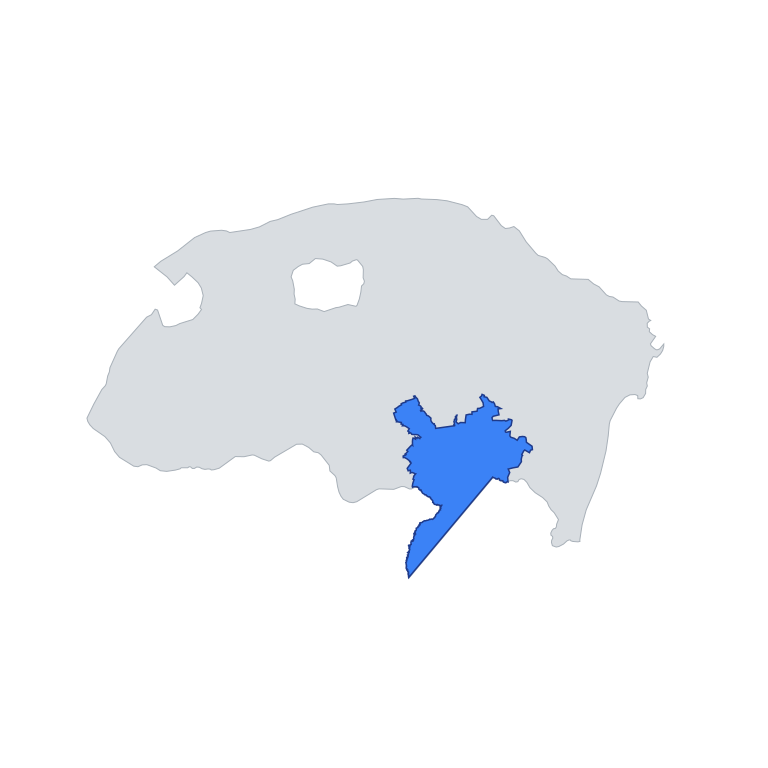 location of Z F Mgcawu, Northern Cape, South Africa, rotated 220°
{"feature_id": "47623444B49450251729649", "entity_name": "Z F Mgcawu", "entity_type": "district", "adm_level": 2, "iso_a3": "ZAF", "parent_name": "South Africa", "parent_adm1": "Northern Cape", "projection": "robinson", "projection_center": [20.762, -27.405], "detail": "fine", "context": "in_parent", "style": "filled", "palette": "blue", "viewbox_px": 768, "rotation_deg": 220, "n_neighbors": 0, "source": "geoboundaries", "source_scale": "gbopen_adm2", "svg_char_len": 9762}
<svg xmlns="http://www.w3.org/2000/svg" viewBox="0 0 768 768"><g transform="rotate(220 384 384)"><path d="M522.9,160.2L539.5,157.8L546.9,159.1L555.7,163.0L564.0,164.3L578.1,163.0L583.0,163.6L586.8,164.9L589.6,166.9L593.4,182.1L596.6,198.4L596.4,203.6L596.9,205.6L600.8,212.5L602.2,216.8L604.4,220.3L609.3,237.6L609.8,240.6L608.8,282.6L606.7,287.6L607.4,294.2L605.0,295.1L591.2,286.7L588.8,287.0L584.8,290.1L581.0,295.0L579.2,299.2L571.9,310.5L571.3,317.7L571.7,323.8L574.0,324.1L575.6,328.5L579.3,335.5L585.6,340.1L591.5,342.1L599.9,342.6L606.5,342.5L606.2,337.7L608.0,325.0L619.0,326.6L635.3,326.1L633.9,334.4L627.6,353.3L623.2,374.5L618.1,385.2L615.2,389.6L607.2,397.4L603.0,400.0L599.5,400.9L585.6,416.6L580.4,424.3L575.7,435.4L571.1,441.5L564.2,454.4L552.3,473.6L542.4,486.2L538.0,489.9L535.1,491.5L527.3,498.9L516.3,510.6L507.8,521.0L495.3,532.9L488.1,538.0L477.2,548.2L474.3,549.7L462.1,559.2L453.4,564.9L439.4,571.6L433.8,573.5L420.7,571.8L415.2,572.7L410.5,576.7L410.0,582.5L408.1,583.4L396.0,580.7L391.0,581.1L388.1,584.2L385.7,588.1L378.8,588.3L366.5,584.3L352.0,581.8L348.6,581.6L341.6,584.6L339.1,585.0L328.9,584.3L323.2,582.5L317.7,582.4L313.6,584.0L308.5,584.6L294.8,595.4L287.8,595.4L281.7,596.7L271.0,595.2L267.7,595.9L264.5,597.8L257.2,598.7L254.4,600.3L242.0,610.2L236.9,609.2L230.5,609.1L223.2,603.8L220.5,604.1L221.2,602.5L221.4,599.7L218.8,596.8L216.0,597.0L214.4,594.6L210.1,594.4L206.5,595.1L205.7,586.0L204.0,585.0L199.6,584.9L197.5,585.2L196.5,586.0L195.4,588.1L195.4,594.5L193.9,592.7L192.1,588.8L191.5,584.7L192.1,579.9L195.4,578.1L194.4,572.0L189.2,561.4L186.0,559.1L183.5,553.7L181.0,551.7L180.0,548.0L177.5,544.9L176.7,540.1L178.0,537.4L180.1,535.9L182.2,538.2L184.9,537.3L188.6,533.8L190.8,528.6L190.9,520.1L190.3,514.9L187.2,501.3L185.7,498.2L178.9,488.4L170.9,475.4L160.7,454.8L155.7,442.5L148.2,417.6L141.7,403.4L133.7,390.3L132.7,389.4L133.9,387.8L138.1,384.8L140.0,384.0L141.0,384.3L142.0,383.5L143.0,381.4L143.6,376.8L145.6,371.9L147.3,369.8L151.1,368.4L153.9,370.3L155.1,372.1L155.6,374.4L156.9,375.6L158.9,375.5L160.4,377.0L161.2,380.0L161.1,382.1L159.9,383.5L160.1,385.3L161.6,387.5L163.2,392.3L170.9,394.8L175.2,395.1L179.3,396.4L183.2,398.5L189.5,399.0L198.3,397.9L205.6,398.4L211.3,400.5L215.4,400.9L218.0,399.6L219.1,397.7L218.7,395.2L220.0,393.6L222.9,392.9L225.2,391.0L226.9,387.9L230.9,385.4L237.2,383.4L240.3,383.5L240.1,251.9L251.3,261.0L254.0,265.2L259.5,277.5L265.1,292.7L266.0,300.0L265.8,301.6L260.0,311.6L259.8,316.5L260.5,322.3L261.8,325.2L263.5,326.1L267.5,324.7L273.6,326.2L285.4,325.5L291.2,326.3L292.7,325.8L294.0,324.6L295.6,321.1L297.0,320.0L302.4,318.5L304.9,316.5L308.8,309.6L320.4,300.5L321.8,298.3L329.2,276.3L331.4,273.2L334.7,271.1L341.1,269.5L344.9,270.4L349.0,272.3L353.5,275.5L360.3,281.4L362.7,282.3L369.5,282.6L373.7,286.5L386.5,289.2L390.2,289.1L394.2,286.9L400.8,287.0L407.9,285.5L412.3,281.6L420.8,257.6L421.7,252.3L422.7,250.9L429.4,248.2L437.6,246.1L439.3,245.0L444.5,238.3L451.3,232.8L456.1,213.6L459.2,209.0L461.1,207.1L462.3,207.1L464.1,205.9L466.3,203.5L469.0,202.1L472.0,201.5L474.1,200.0L475.0,197.4L476.6,196.1L478.8,196.2L480.1,195.4L480.5,193.7L485.5,189.5L485.7,187.9L488.6,183.8L494.3,177.4L499.6,173.8L504.6,173.1L513.8,169.8L517.2,166.7L519.3,162.5L522.9,160.2ZM503.0,443.5L511.2,440.3L517.2,436.0L518.7,428.2L523.4,423.4L525.2,418.9L526.6,412.8L524.0,406.3L520.3,404.4L513.6,398.9L510.7,395.1L506.6,391.9L503.8,388.1L499.1,389.4L491.7,392.4L487.1,395.2L483.3,398.6L476.4,401.0L469.9,411.6L467.8,413.9L462.7,421.7L455.4,425.5L455.2,426.9L457.5,433.2L460.8,439.5L464.2,444.6L463.9,447.8L465.1,450.2L468.2,451.9L473.3,458.3L475.9,460.4L483.9,461.9L485.1,461.5L487.3,457.7L487.7,455.0L493.2,446.7L495.6,444.2L503.0,443.5Z" fill="#d9dde1" stroke="#a8b0b8" stroke-width="1"/><path d="M350.2,363.0L349.4,363.7L346.0,365.7L345.2,364.3L343.5,365.2L343.1,363.8L341.7,365.0L340.6,365.4L339.2,365.7L335.9,366.0L335.5,363.3L334.2,363.1L333.8,363.4L333.2,362.2L332.2,363.7L331.3,363.6L330.4,363.3L328.3,364.7L327.2,365.7L325.5,366.8L324.8,366.9L322.5,366.8L321.6,366.9L321.8,366.2L321.5,365.2L324.1,364.8L323.8,363.6L326.0,363.4L324.5,362.0L325.7,361.8L327.0,361.3L326.4,359.9L325.4,358.4L323.4,356.1L322.6,355.4L323.4,355.4L323.7,353.4L324.0,347.9L322.4,347.7L322.5,345.5L322.8,344.0L321.7,344.0L322.0,342.8L322.6,342.4L322.7,341.6L323.0,341.1L321.9,340.0L321.0,340.9L318.5,341.4L316.6,341.5L314.1,341.5L314.2,341.0L312.4,340.9L312.0,334.3L309.7,333.0L309.0,334.2L308.4,334.9L308.0,334.6L307.7,334.0L306.6,332.6L305.8,334.2L303.8,335.0L302.9,335.0L302.0,335.5L302.0,332.4L301.6,332.2L300.6,329.7L299.5,330.0L298.1,326.5L296.9,324.3L296.2,323.4L295.7,323.3L295.4,323.8L295.3,324.4L295.1,324.5L294.8,324.8L294.0,325.4L292.9,326.5L292.7,326.6L292.2,326.3L291.7,326.7L290.6,326.8L289.6,325.8L289.0,325.8L288.6,326.2L288.0,325.9L287.5,326.6L286.7,326.2L286.3,325.8L285.6,325.8L284.9,325.3L283.8,325.2L282.9,325.5L281.6,325.3L281.1,325.8L280.6,326.1L280.3,326.1L279.7,325.7L278.9,326.0L278.2,325.9L277.3,326.3L276.8,326.8L276.2,326.8L275.5,327.0L275.0,326.5L273.8,326.1L273.3,326.2L272.7,326.0L271.8,326.0L271.0,325.3L270.6,324.6L270.3,324.6L269.8,324.9L268.7,324.3L267.9,324.3L266.7,325.0L265.9,325.1L265.8,325.9L264.9,325.9L264.5,326.5L264.2,326.7L263.1,326.7L262.7,326.9L262.5,327.1L262.2,327.9L261.8,328.2L261.5,326.5L261.8,326.1L261.7,325.8L260.6,325.4L260.5,325.2L260.7,324.7L260.3,324.2L259.9,323.9L260.3,323.5L260.3,323.2L260.0,322.6L260.2,321.7L259.8,321.3L259.6,320.3L259.7,320.0L260.3,319.5L260.1,318.7L260.2,317.8L260.2,316.9L260.1,316.6L259.5,315.8L259.5,314.9L259.3,314.2L259.5,313.6L259.7,311.6L260.0,311.3L260.7,311.2L261.5,310.0L262.0,310.0L262.2,309.4L262.2,308.9L262.6,308.3L262.9,307.7L263.6,307.1L264.1,306.0L265.0,305.4L265.1,305.0L265.5,304.5L265.5,303.9L265.8,303.4L265.8,302.6L265.9,302.3L266.1,301.9L266.7,301.5L267.3,300.5L267.1,300.2L266.6,300.2L266.0,299.5L265.9,299.3L266.5,298.9L266.6,298.6L266.1,298.3L265.9,297.8L266.3,297.4L266.4,297.0L266.3,296.5L265.8,295.9L266.2,295.3L266.3,294.7L266.5,294.4L266.6,294.2L265.4,292.9L265.3,292.1L265.7,291.8L265.7,291.1L265.4,290.8L264.9,290.7L264.7,290.3L265.0,289.8L264.9,289.3L265.0,288.9L265.0,288.7L264.8,288.6L264.5,288.7L263.9,289.5L263.4,289.4L263.6,288.7L264.2,288.2L264.2,287.9L263.9,287.6L263.2,287.6L263.2,286.7L262.8,285.7L262.5,285.3L261.6,284.6L261.5,284.0L261.8,283.3L261.9,282.7L261.4,282.5L261.1,282.8L260.8,282.8L260.8,282.4L261.2,281.6L262.0,281.5L262.2,281.2L261.3,279.6L260.6,279.0L260.2,278.9L260.1,278.7L260.1,278.3L260.5,277.8L260.2,277.1L260.3,276.9L261.2,276.7L261.4,276.5L261.5,276.2L261.2,275.9L260.5,276.5L259.9,276.5L259.7,275.9L260.2,275.4L260.1,275.2L259.9,275.0L259.4,275.3L259.2,275.2L259.3,274.4L259.2,274.1L258.9,273.9L258.5,274.1L258.1,274.1L258.0,273.9L257.3,272.3L257.6,271.7L257.5,271.4L257.3,271.3L256.8,271.6L256.5,271.3L256.6,270.9L257.4,270.4L257.5,270.2L257.0,270.2L256.7,269.8L256.1,269.7L255.7,269.0L256.1,268.1L255.7,267.9L255.2,268.1L255.0,267.9L254.9,267.5L254.4,267.1L254.4,266.9L254.5,266.7L254.9,266.5L255.1,266.2L255.1,265.6L254.8,265.3L254.4,265.6L254.0,265.5L253.9,265.2L254.0,264.8L253.7,264.5L253.9,264.1L253.6,263.7L253.3,263.6L253.5,263.1L253.4,262.9L252.8,262.7L252.4,262.1L252.6,261.7L252.5,261.2L251.7,260.8L251.4,260.3L250.8,260.1L250.5,259.5L249.8,259.2L249.5,258.8L249.5,258.3L249.1,258.1L248.9,257.4L248.7,257.2L247.9,256.8L247.5,257.1L247.0,256.2L246.8,256.3L246.5,256.7L246.3,256.8L245.6,255.8L245.3,255.6L244.4,255.8L244.2,255.6L244.1,255.0L243.4,254.6L243.5,254.0L242.7,253.8L242.7,253.3L241.9,253.1L241.6,252.4L240.7,251.6L240.9,382.6L240.1,382.6L238.3,383.3L237.5,383.1L237.2,383.2L236.8,383.7L236.3,383.8L236.0,384.2L236.1,384.5L235.6,385.3L235.2,385.5L234.2,385.3L233.6,384.8L233.0,384.7L232.3,385.1L231.7,385.8L231.0,386.0L230.8,386.3L229.5,385.6L228.6,386.0L228.3,386.3L227.7,386.2L227.1,386.8L227.1,387.1L227.0,387.9L226.8,388.3L226.0,388.7L229.3,392.0L230.8,397.0L234.2,398.7L231.2,402.8L228.1,406.5L228.8,412.8L230.5,414.6L232.0,417.5L231.9,418.3L233.1,418.5L233.9,422.4L233.8,423.9L228.4,424.9L229.2,427.5L228.1,429.1L230.6,431.5L237.4,430.9L239.4,432.9L240.9,434.1L241.1,434.1L242.4,434.0L244.2,432.8L246.3,430.5L245.8,426.5L249.3,426.1L252.7,424.7L254.3,425.2L256.8,428.9L259.1,425.8L260.0,425.3L261.1,426.1L260.3,430.0L260.0,434.0L262.5,438.4L263.1,438.6L263.9,438.3L266.0,437.2L265.4,436.8L266.3,434.7L267.0,433.8L268.3,433.6L270.2,431.6L274.8,428.1L277.3,425.9L278.4,426.6L279.7,427.7L279.6,429.5L276.1,434.3L278.8,436.4L280.6,438.2L278.7,440.3L282.6,439.5L284.3,438.4L286.8,440.0L288.8,440.5L289.3,439.3L290.0,439.4L292.5,438.7L296.6,439.9L299.1,438.6L299.8,439.8L302.2,439.1L301.6,437.3L302.0,435.4L299.5,434.6L296.0,433.3L293.3,430.8L295.0,427.0L296.6,425.4L295.2,423.0L298.7,419.2L297.1,417.3L299.1,415.8L301.2,413.1L298.7,409.0L296.9,406.6L300.6,403.7L301.6,401.2L304.5,401.3L305.4,403.5L307.3,405.3L308.0,407.0L308.4,406.6L308.0,405.9L308.3,404.9L307.9,404.6L307.7,404.2L307.0,403.8L306.7,403.2L306.8,403.0L307.3,402.5L307.3,402.2L306.7,401.4L306.2,400.0L305.2,399.5L304.8,399.1L304.5,398.6L304.3,397.6L303.7,397.5L303.3,397.8L303.1,397.4L315.9,383.2L317.9,385.1L319.6,385.2L319.9,385.7L320.2,385.3L322.2,385.3L324.1,385.9L325.2,386.7L326.1,388.0L328.6,388.1L329.8,388.0L331.2,387.4L332.2,388.1L332.8,388.1L335.3,388.8L336.3,388.7L337.9,387.7L338.2,386.9L339.1,387.3L338.7,388.8L338.5,389.9L339.4,390.1L340.1,389.3L341.2,390.6L343.1,390.5L343.9,390.1L344.8,392.2L346.9,392.9L348.8,394.1L351.6,394.4L352.7,394.8L353.4,393.7L351.3,392.7L352.5,390.5L353.2,389.4L355.3,386.2L356.5,384.9L355.7,384.2L357.6,381.3L358.1,379.8L357.2,379.3L358.3,376.6L358.7,374.5L359.6,371.8L356.6,370.3L357.9,367.9L351.9,364.1L351.7,364.5L350.9,364.0L350.7,364.1L350.5,363.4L350.2,363.0Z" fill="#3b82f6" stroke="#1e3a8a" stroke-width="1.5"/></g></svg>